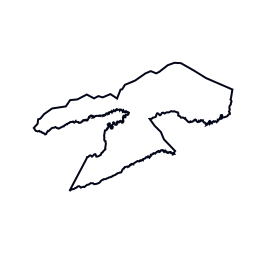 Santa Rosa do Purus, Acre, Brazil (Natural Earth projection), rotated 28°
{"feature_id": "56859067B63738463512329", "entity_name": "Santa Rosa do Purus", "entity_type": "district", "adm_level": 2, "iso_a3": "BRA", "parent_name": "Brazil", "parent_adm1": "Acre", "projection": "natural_earth1", "projection_center": [-70.414, -9.518], "detail": "fine", "context": "isolated", "style": "outline", "palette": "ink", "viewbox_px": 256, "rotation_deg": 28, "n_neighbors": 0, "source": "geoboundaries", "source_scale": "gbopen_adm2", "svg_char_len": 5938}
<svg xmlns="http://www.w3.org/2000/svg" viewBox="0 0 256 256"><g transform="rotate(28 128 128)"><path d="M47.8,173.8L49.9,173.4L51.0,172.2L52.0,172.6L53.3,172.0L54.6,172.5L55.1,172.2L57.2,172.3L57.7,172.6L58.2,172.3L58.6,171.5L58.4,170.4L58.7,168.2L59.3,168.1L60.9,163.6L62.7,162.3L63.5,161.2L65.4,161.4L66.2,161.0L67.1,161.1L69.9,157.0L70.5,156.8L70.7,155.4L71.1,155.1L71.9,153.3L72.5,153.3L72.8,152.2L73.2,151.8L73.4,151.3L73.8,151.1L74.2,149.8L75.6,149.0L76.2,148.3L76.6,148.1L77.0,148.5L78.0,148.5L78.3,148.0L78.6,146.6L79.0,147.0L79.4,146.6L81.0,146.4L81.5,146.0L82.4,146.5L83.7,145.5L84.2,144.6L84.0,144.1L84.8,143.4L84.7,142.2L85.6,141.5L86.1,141.7L86.4,141.2L87.2,141.0L87.2,140.4L88.3,140.6L88.7,139.6L88.4,137.0L88.9,136.9L88.7,136.5L89.4,135.5L88.9,135.4L89.5,134.3L90.0,134.4L90.8,134.0L91.8,135.0L91.9,135.5L92.9,134.6L92.7,134.3L92.8,133.9L92.6,133.6L93.4,133.3L94.1,132.2L96.6,131.1L96.7,130.5L97.7,130.0L98.1,130.3L100.2,128.2L100.5,128.8L101.6,126.9L101.8,127.3L102.1,126.8L102.0,125.3L103.0,124.7L103.8,125.2L104.0,124.6L104.5,124.3L103.9,123.3L104.3,123.1L104.5,122.5L105.3,122.0L105.6,120.9L106.5,121.6L106.5,120.9L107.0,120.3L107.1,118.9L108.7,119.3L108.9,118.9L108.9,117.2L109.2,116.6L109.7,116.5L110.2,117.0L112.0,115.8L112.3,116.1L112.3,115.4L113.5,115.0L113.9,115.5L114.4,115.3L115.0,115.5L115.5,114.5L116.4,115.3L116.4,115.9L117.9,114.5L118.0,115.0L117.8,115.6L118.2,115.6L118.8,115.2L118.7,114.7L119.8,114.1L120.4,113.9L120.8,114.0L120.9,114.4L121.6,114.2L121.9,115.5L121.6,116.6L120.0,117.3L119.8,117.7L120.7,119.6L120.4,120.1L119.4,120.0L119.3,119.2L118.8,119.0L118.3,119.3L118.7,121.4L120.9,124.3L120.8,125.7L120.4,126.1L120.1,125.8L119.6,124.2L118.7,126.0L118.1,126.1L117.7,125.6L117.4,126.0L117.3,127.5L116.8,127.6L115.9,127.2L115.5,127.4L115.3,128.9L116.4,129.7L116.4,130.4L116.0,130.8L115.0,131.1L113.9,130.9L113.1,129.8L112.6,129.8L112.3,130.2L113.2,131.2L112.5,132.7L112.5,133.3L112.8,133.6L114.1,134.1L114.4,135.7L113.5,136.4L112.6,136.0L111.9,134.9L111.4,134.7L110.5,135.3L110.0,135.1L109.9,134.5L110.4,133.5L110.1,132.8L109.6,132.5L108.9,133.0L108.5,134.1L108.5,134.6L109.1,134.8L110.3,136.2L110.1,137.7L109.8,138.1L110.3,138.3L110.0,139.7L109.7,140.4L108.8,141.0L110.6,146.2L111.7,147.6L111.8,148.2L112.8,149.9L113.3,150.2L114.4,150.2L115.0,151.4L115.8,152.1L117.3,156.4L117.9,157.1L117.6,157.6L117.8,158.4L117.1,159.8L117.0,161.6L116.3,162.4L116.6,164.5L115.5,166.1L115.4,166.5L114.3,167.7L113.4,168.1L111.7,166.5L111.2,166.5L110.6,167.1L110.3,168.4L109.6,170.2L108.4,169.8L107.5,169.9L106.9,170.6L106.5,172.2L105.5,172.9L105.8,174.5L105.9,211.0L106.8,209.1L107.4,208.2L108.3,207.8L109.1,206.9L109.6,205.8L110.3,205.1L111.0,203.4L111.8,202.5L112.7,202.3L114.2,202.8L116.2,200.8L117.2,200.6L118.6,197.3L119.8,196.5L121.0,194.2L123.1,193.2L124.5,193.5L126.2,192.3L128.2,190.2L128.7,188.8L128.9,187.4L129.8,185.7L130.3,185.4L130.4,184.8L132.2,183.6L132.9,182.5L133.8,181.8L134.2,180.8L136.2,179.1L136.3,178.6L136.9,178.1L137.0,177.4L138.9,175.3L139.1,174.5L139.8,173.7L139.8,173.2L141.6,171.3L142.6,170.7L142.8,170.2L142.7,167.0L143.1,166.0L143.4,165.7L143.2,165.3L143.5,164.9L143.5,164.0L146.3,161.7L146.5,162.1L147.2,161.1L147.1,159.7L147.5,159.6L148.1,158.9L147.8,158.4L148.2,157.9L148.7,158.1L149.4,157.5L149.8,157.5L149.6,156.8L151.9,152.7L153.2,152.4L153.4,151.9L153.7,152.1L154.0,151.7L153.9,151.0L154.3,150.6L154.8,150.7L154.9,150.1L155.4,150.0L155.8,149.4L156.3,149.4L155.9,148.4L157.4,146.9L157.5,145.6L158.3,144.9L158.6,144.3L158.8,144.8L159.6,144.1L160.7,144.2L160.5,143.2L161.2,142.8L161.3,142.3L161.2,141.7L160.7,141.3L160.7,140.8L161.5,140.5L161.9,139.2L162.4,139.0L162.4,138.3L162.8,137.9L163.9,138.0L164.3,136.6L164.7,136.2L164.6,135.6L165.8,133.9L166.3,133.8L166.6,134.2L166.5,134.6L167.0,134.5L167.6,133.3L167.5,132.7L167.8,131.9L169.2,131.2L169.6,131.7L170.7,132.1L170.9,131.5L170.6,131.2L171.0,130.8L171.8,131.5L172.0,130.6L173.1,131.2L173.5,130.9L174.2,131.5L175.1,131.3L175.2,130.4L176.4,129.4L176.9,129.2L177.2,130.0L177.8,130.0L178.8,129.3L179.3,129.4L179.5,129.8L179.9,129.6L180.1,130.2L181.1,129.2L180.1,128.9L180.0,128.5L180.3,127.7L180.2,127.0L180.4,126.2L165.1,121.2L158.9,116.1L150.4,113.5L142.9,109.8L144.6,108.7L145.1,107.2L146.7,105.9L147.2,105.2L147.3,104.7L146.8,103.1L146.8,101.5L147.2,101.1L148.2,101.1L149.9,101.8L150.4,101.6L150.7,101.1L150.9,98.7L151.9,97.9L153.3,98.1L154.9,95.9L156.2,95.4L157.2,94.5L158.1,92.9L160.2,92.3L160.9,91.5L163.9,91.2L164.4,90.8L165.7,91.5L166.4,93.4L168.6,93.3L169.9,94.0L171.8,92.9L173.4,93.0L173.7,92.6L173.9,93.0L174.3,92.9L174.5,93.3L175.6,93.4L177.0,94.0L178.7,94.3L179.0,93.9L179.8,94.0L180.7,93.2L180.5,92.8L181.3,92.7L182.1,92.0L182.4,90.8L182.9,90.5L182.9,89.8L183.4,89.6L183.4,89.0L184.5,89.0L185.1,89.7L186.7,90.1L187.6,89.2L187.4,88.6L188.2,88.7L188.3,88.2L188.7,88.1L188.9,87.4L189.3,87.1L188.9,86.8L190.5,86.1L190.6,86.6L191.4,87.1L191.8,87.0L192.8,87.5L193.8,87.1L194.7,87.5L194.8,87.9L195.4,87.7L196.0,87.8L196.0,88.3L196.4,87.7L196.1,86.9L196.5,85.6L198.2,86.4L198.3,85.7L196.7,85.1L196.5,84.5L196.7,83.6L197.0,83.3L197.5,83.6L198.2,84.5L199.1,83.7L199.3,84.3L199.9,84.5L200.1,82.2L200.4,81.8L200.9,82.1L201.4,82.0L202.1,80.9L202.5,80.8L203.5,81.2L204.1,79.2L203.4,78.4L204.5,77.7L204.8,77.2L204.5,76.4L204.5,75.9L205.9,76.1L206.3,75.8L206.5,74.8L206.4,74.3L207.9,73.4L209.8,71.4L210.3,70.4L210.3,69.2L211.4,67.7L210.7,66.8L209.5,66.2L209.2,63.8L208.0,62.7L207.4,60.9L207.7,58.9L207.0,57.3L207.1,56.5L206.7,55.6L205.1,54.6L205.0,53.5L202.1,45.0L173.4,47.3L160.3,46.4L144.3,45.9L138.3,48.7L133.6,53.9L129.2,63.8L127.3,66.5L121.4,67.1L117.7,71.7L112.0,82.8L105.0,91.3L104.7,96.6L103.4,97.6L104.5,107.1L96.6,106.3L91.3,112.8L86.8,113.8L84.1,117.8L75.9,117.8L69.9,126.5L63.8,130.6L63.0,138.1L51.8,146.4L47.4,155.1L46.2,160.9L44.6,162.5L46.2,166.7L44.8,172.2L47.8,173.8ZM205.8,74.0L205.3,74.3L204.4,74.3L204.0,73.1L204.3,72.7L205.1,72.5L205.4,72.8L205.8,74.0Z" fill="none" stroke="#020617" stroke-width="2"/></g></svg>